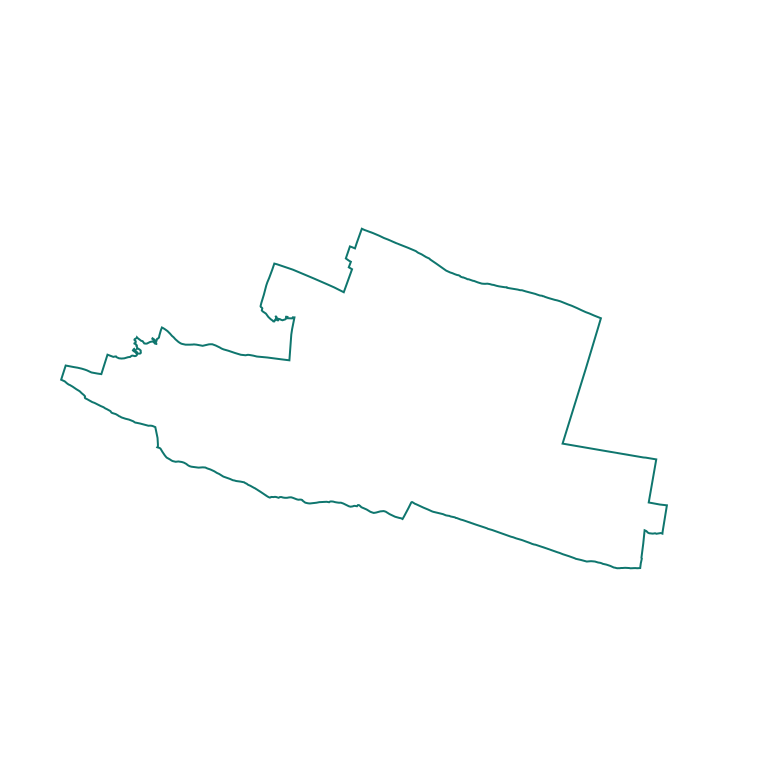 Gogosu, Dolj, Romania (Albers equal-area conic projection), rotated 197°
{"feature_id": "2599482B40492403167695", "entity_name": "Gogosu", "entity_type": "district", "adm_level": 2, "iso_a3": "ROU", "parent_name": "Romania", "parent_adm1": "Dolj", "projection": "albers", "projection_center": [23.374, 44.414], "detail": "fine", "context": "isolated", "style": "outline", "palette": "teal", "viewbox_px": 768, "rotation_deg": 197, "n_neighbors": 0, "source": "geoboundaries", "source_scale": "gbopen_adm2", "svg_char_len": 6140}
<svg xmlns="http://www.w3.org/2000/svg" viewBox="0 0 768 768"><g transform="rotate(197 384 384)"><path d="M450.6,526.0L451.3,510.8L451.4,505.2L454.7,505.5L456.8,505.6L457.2,492.9L453.6,491.7L451.4,491.2L451.8,485.3L448.1,484.4L449.3,460.0L459.8,461.8L467.1,462.7L482.0,464.4L504.6,466.7L521.1,467.2L524.1,467.1L524.3,460.6L524.8,452.1L525.3,447.1L525.4,443.9L525.0,434.3L525.0,425.7L524.8,422.3L524.3,421.7L523.2,421.3L522.5,420.8L522.4,418.7L521.4,418.0L517.5,416.8L514.2,414.3L511.2,412.8L509.1,412.1L508.1,411.5L507.2,411.8L507.1,413.1L506.8,413.5L506.5,413.5L506.6,416.2L507.2,416.9L507.1,417.0L506.8,416.9L506.4,416.6L506.3,416.1L506.0,416.0L505.3,415.5L505.4,414.5L505.3,414.3L504.9,414.0L504.1,413.8L503.9,413.9L503.9,414.2L504.3,414.6L504.4,414.8L504.1,414.8L504.1,415.1L503.9,415.1L503.9,415.4L503.0,415.3L502.7,415.6L501.1,415.3L499.7,415.3L497.4,416.9L496.8,417.8L496.7,418.4L497.3,419.2L497.3,419.7L496.5,419.9L495.9,419.9L495.8,418.6L491.0,419.9L490.7,421.1L489.1,421.5L487.9,409.5L487.1,404.1L481.4,379.0L489.3,377.6L503.5,375.2L513.6,373.1L517.3,372.9L521.4,372.4L522.7,372.1L524.8,371.0L529.5,370.1L535.5,370.1L542.5,370.3L547.5,370.2L549.7,370.4L551.7,370.9L556.2,371.6L559.9,371.8L562.9,370.8L568.6,367.5L574.8,366.8L577.3,366.3L579.2,365.5L585.2,363.6L588.8,363.3L590.3,363.4L592.8,364.1L596.6,365.8L598.9,367.2L600.8,368.0L603.0,369.4L606.5,371.3L609.1,372.2L611.2,372.8L612.9,373.1L613.1,370.1L613.0,365.0L612.8,362.7L613.2,361.7L614.1,360.9L614.2,360.2L614.2,358.8L615.6,358.7L616.6,359.3L618.7,360.0L618.8,359.5L617.1,358.9L614.8,357.5L613.6,356.3L613.5,355.8L614.8,355.7L616.4,356.7L617.9,357.0L620.0,355.8L622.5,353.4L623.4,353.0L625.1,352.7L627.4,354.4L628.8,354.3L633.1,355.9L633.9,356.4L633.9,355.8L635.5,354.0L635.6,353.4L635.2,352.8L634.3,352.6L633.8,352.0L633.6,350.7L634.5,350.1L634.5,349.7L633.0,349.4L631.7,348.7L631.9,348.0L631.3,347.5L630.7,346.8L630.6,346.1L630.6,345.4L629.5,345.9L628.0,345.6L626.5,344.9L626.1,343.8L625.7,342.9L625.8,342.2L626.3,341.7L628.9,341.0L629.3,342.0L631.6,343.3L633.2,344.5L633.6,343.9L633.9,342.7L633.0,342.3L630.9,341.7L628.7,340.1L629.0,339.0L629.5,338.3L630.4,337.8L632.2,337.7L633.2,337.5L634.4,336.2L634.6,335.7L636.6,334.8L639.9,332.6L642.5,331.6L645.0,331.1L647.8,331.5L648.3,332.0L649.0,331.8L650.8,330.8L657.0,331.2L657.2,310.8L661.2,310.2L667.2,309.5L672.1,310.2L674.3,310.3L677.5,310.3L681.8,310.0L685.5,309.5L693.8,308.6L694.0,293.7L690.1,293.2L687.5,292.0L685.5,291.3L684.2,291.2L680.9,290.4L676.8,289.1L672.9,288.1L670.4,286.8L667.8,285.7L666.3,284.8L666.2,283.8L665.6,283.0L664.1,282.8L657.7,281.4L655.4,281.3L648.4,280.1L645.4,279.8L643.6,279.2L641.5,278.9L637.7,278.1L636.3,277.0L635.3,276.8L631.8,276.8L629.5,276.3L628.1,275.8L626.9,275.7L625.3,275.3L621.2,275.2L617.4,275.4L612.6,275.0L611.4,274.5L610.3,274.4L609.9,274.5L605.6,274.9L597.2,275.2L594.7,276.0L593.2,276.2L590.1,275.9L584.8,266.2L582.6,260.3L582.0,258.3L582.3,257.2L579.9,257.2L578.8,256.8L575.8,254.1L572.7,251.6L570.4,250.1L566.8,249.3L564.8,248.7L563.6,248.5L560.5,248.7L558.0,249.8L554.5,250.3L552.4,250.3L549.4,249.7L548.4,249.2L547.4,248.9L546.0,248.6L544.0,248.6L536.9,249.8L533.0,251.3L530.4,251.9L528.4,251.6L525.0,251.5L520.7,250.9L517.8,250.1L515.4,249.8L510.6,248.5L503.5,248.2L500.4,247.8L498.9,248.0L497.0,248.0L492.8,248.7L488.9,249.1L487.8,248.7L486.1,248.5L484.6,247.9L482.1,247.6L478.0,246.7L477.1,246.6L469.9,244.6L463.4,242.6L461.4,242.1L460.0,242.0L459.3,242.4L458.9,243.0L456.5,243.6L455.3,244.2L454.1,244.4L451.5,244.4L450.4,245.5L449.0,245.9L447.4,245.9L445.5,246.2L443.5,246.8L441.4,247.9L439.5,248.5L437.9,248.5L433.7,248.2L432.0,248.3L430.6,248.9L429.3,249.2L428.2,249.1L427.9,248.7L424.6,247.5L421.8,247.7L419.9,248.1L413.9,250.7L411.3,252.1L404.4,254.6L401.9,254.9L401.1,255.9L399.7,256.4L398.0,256.7L396.5,256.7L394.8,256.9L392.3,257.3L391.2,257.7L390.3,257.9L387.9,257.8L381.7,256.8L380.1,256.9L378.2,257.8L377.1,258.6L376.4,258.9L374.1,259.2L373.6,260.5L373.1,260.7L372.3,260.8L371.0,260.3L369.7,259.6L368.4,259.4L367.2,259.3L363.9,258.9L359.6,257.8L357.6,257.7L356.1,257.7L353.9,258.8L350.3,261.1L347.1,262.4L345.0,262.4L340.6,261.2L334.6,260.3L330.3,260.4L328.3,260.6L326.8,260.3L326.1,263.3L324.3,272.6L323.3,278.7L322.7,279.3L321.9,279.2L319.4,278.5L318.0,278.4L310.1,277.3L305.0,276.8L300.6,276.2L299.3,276.2L289.6,276.8L286.4,276.5L283.9,276.8L283.0,277.0L281.6,276.8L277.3,277.2L276.0,276.9L275.4,277.1L270.9,276.8L269.0,276.9L255.1,276.4L245.8,276.2L243.3,276.1L242.4,275.9L238.0,276.0L218.0,275.1L215.5,275.2L212.4,275.0L206.8,275.1L197.4,274.6L195.7,274.4L193.5,274.4L192.2,274.6L180.5,274.3L168.9,273.8L166.7,273.8L163.1,273.5L156.6,273.4L150.6,273.1L149.6,272.9L144.4,273.3L138.2,273.5L134.2,275.1L130.4,275.9L127.1,275.9L125.0,276.2L123.4,276.2L122.3,276.0L118.4,276.3L114.4,276.2L110.6,275.7L109.2,275.9L108.1,275.9L107.1,276.0L104.7,276.8L103.6,277.3L102.3,277.7L99.7,278.7L95.7,279.7L94.5,279.8L90.0,281.4L87.8,281.9L85.2,282.9L86.0,287.6L86.4,292.5L87.0,293.0L89.4,307.1L92.0,320.3L90.3,320.1L89.2,319.6L88.5,319.1L86.8,318.8L83.2,319.5L81.7,320.2L81.2,320.5L80.4,320.5L79.8,320.4L75.7,322.4L74.0,322.3L74.4,324.4L78.0,350.7L84.9,349.4L96.2,348.1L101.6,391.5L112.2,390.1L114.4,389.6L154.1,384.5L195.8,379.2L195.5,457.1L195.7,500.1L195.8,510.3L203.1,510.9L208.3,511.5L212.0,511.7L216.7,512.3L221.4,513.0L227.3,513.7L231.1,513.9L239.3,514.6L242.7,514.6L245.2,514.4L252.1,514.3L255.6,514.4L257.0,514.6L257.7,514.4L258.7,514.6L260.8,514.2L264.3,514.3L265.5,514.4L275.5,514.0L279.4,514.0L280.6,513.7L281.3,513.5L283.7,513.4L293.3,512.1L294.3,512.0L294.4,512.3L295.1,512.4L295.8,512.1L297.1,511.8L302.6,511.0L305.2,510.8L308.0,510.8L309.9,510.5L311.8,510.5L314.3,510.2L317.1,509.2L319.8,508.6L324.2,508.6L328.3,508.9L328.9,508.7L333.6,508.9L334.8,508.6L336.5,508.9L339.5,509.1L340.0,508.9L342.4,509.1L343.0,509.6L344.5,509.8L345.9,509.6L348.3,509.7L351.1,510.0L353.2,510.0L357.7,510.6L369.2,514.4L376.3,516.6L376.9,517.0L377.3,517.2L380.9,517.7L386.0,519.0L389.7,519.5L391.0,519.9L392.4,520.4L401.0,521.3L413.9,522.3L422.3,523.3L426.7,523.6L431.9,524.4L438.6,525.1L447.7,525.6L450.6,526.0Z" fill="none" stroke="#0f766e" stroke-width="2"/></g></svg>